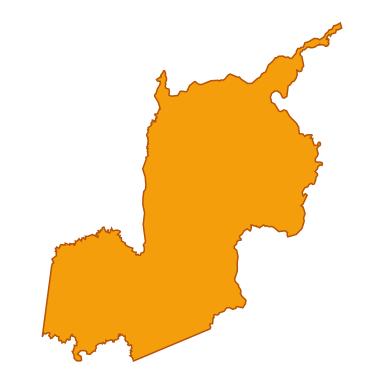 the district of Barbacoas, Nariño, Colombia
{"feature_id": "7082276B69446102501587", "entity_name": "Barbacoas", "entity_type": "district", "adm_level": 2, "iso_a3": "COL", "parent_name": "Colombia", "parent_adm1": "Nariño", "projection": "robinson", "projection_center": [-78.08, 1.496], "detail": "fine", "context": "isolated", "style": "filled", "palette": "amber", "viewbox_px": 384, "rotation_deg": 0, "n_neighbors": 0, "source": "geoboundaries", "source_scale": "gbopen_adm2", "svg_char_len": 5884}
<svg xmlns="http://www.w3.org/2000/svg" viewBox="0 0 384 384"><path d="M311.0,134.7L306.4,135.0L304.7,136.4L302.8,134.0L299.3,133.7L298.6,127.1L296.3,123.1L289.6,116.4L286.6,110.9L283.9,109.9L281.0,111.6L279.0,111.1L274.6,103.9L271.3,102.3L271.4,100.5L270.3,97.5L271.7,93.4L275.0,91.0L277.5,91.1L280.5,93.3L282.7,97.8L284.5,98.0L286.9,96.3L288.1,86.0L290.4,84.6L292.1,81.8L294.3,81.0L296.1,78.2L297.2,74.9L296.8,70.2L299.4,71.7L301.6,70.9L302.3,67.8L303.7,66.1L301.9,56.8L300.0,54.5L300.3,52.3L302.1,51.3L302.9,49.8L304.7,49.7L307.3,47.3L308.9,46.8L310.0,47.7L312.5,47.7L315.0,47.0L317.3,45.2L319.0,45.2L319.8,44.1L320.8,44.9L323.2,44.7L325.4,46.2L326.5,46.3L326.8,45.4L327.7,45.8L329.0,43.3L328.2,42.5L329.0,39.9L327.8,38.6L327.1,39.7L326.5,39.4L326.5,38.6L327.1,38.4L326.8,37.3L329.1,34.5L330.6,36.1L331.5,34.0L335.6,32.8L336.3,29.9L338.2,29.8L341.7,28.1L340.3,23.0L336.6,25.1L333.7,25.8L332.0,29.2L329.2,29.9L327.9,31.9L325.6,33.8L324.3,36.6L319.8,39.8L317.3,38.6L314.1,38.5L308.3,41.9L305.0,42.7L303.4,46.9L300.9,47.5L299.9,48.5L297.9,48.5L296.4,51.0L296.3,52.8L291.7,58.4L289.9,58.3L288.2,57.0L285.4,57.4L283.1,56.1L278.7,56.3L276.5,57.9L275.3,57.7L272.8,61.2L268.4,65.1L265.6,72.0L262.0,73.7L260.2,77.0L257.0,78.9L252.1,83.3L247.8,83.5L241.0,79.1L239.5,77.1L237.3,77.1L230.4,74.1L228.4,74.8L224.7,79.3L223.0,80.2L221.1,79.9L219.4,81.0L218.2,80.3L211.1,80.7L201.4,84.6L198.5,84.3L195.2,81.6L194.5,81.6L189.5,85.7L187.4,90.6L186.2,91.8L181.2,91.1L180.1,91.5L177.8,95.5L171.2,96.2L168.8,94.9L169.4,92.1L169.0,89.2L166.0,88.2L165.2,86.3L165.8,84.2L165.4,82.6L166.5,80.2L166.5,78.0L165.5,75.5L165.5,72.7L164.5,70.8L163.5,70.8L162.9,72.6L160.8,75.3L161.0,77.2L160.1,77.1L156.5,79.6L157.6,81.1L160.1,81.4L160.3,82.9L159.8,84.9L157.3,89.0L156.3,93.0L154.8,94.7L154.6,96.1L158.2,102.0L160.2,108.8L159.5,108.7L157.4,113.9L155.0,114.1L154.7,114.8L157.0,117.0L156.6,118.2L155.6,118.2L155.7,121.5L154.2,122.0L154.1,120.6L152.3,120.1L152.1,122.2L151.1,122.8L151.7,124.1L151.2,124.1L151.0,125.7L148.1,127.6L148.3,129.1L147.6,129.6L148.4,131.3L146.6,135.0L147.3,137.1L148.2,137.8L147.7,138.6L148.3,141.0L147.7,142.9L148.4,143.9L147.6,144.6L147.5,146.5L146.8,146.9L147.9,148.4L147.0,148.7L147.8,150.0L147.3,151.6L148.0,152.2L147.6,153.5L148.3,155.4L145.8,157.7L146.3,159.0L142.7,168.9L145.2,176.8L145.9,185.4L145.5,189.2L143.7,191.7L142.9,199.4L142.9,204.9L144.6,213.0L143.2,224.5L145.5,241.8L143.3,245.0L144.3,247.7L144.2,251.3L142.8,252.7L141.0,253.1L140.2,255.3L138.7,255.2L138.0,254.3L136.3,255.1L135.8,254.5L136.1,252.2L134.9,252.3L132.1,250.9L132.8,248.2L127.8,246.5L125.2,244.5L125.3,243.0L121.6,241.1L121.3,237.7L119.9,237.7L119.6,237.0L120.2,235.4L118.3,235.2L117.4,234.5L120.0,232.3L120.3,231.6L119.8,231.0L117.4,230.1L112.6,230.7L111.6,228.2L109.6,233.1L107.9,232.0L108.5,230.0L107.4,230.2L107.2,232.2L105.6,231.5L103.9,227.1L102.5,227.5L101.7,230.0L100.8,230.0L100.4,231.6L99.7,231.8L98.8,230.6L98.1,230.7L99.0,232.8L97.0,232.8L96.0,234.6L98.1,235.5L97.9,237.4L92.6,234.5L87.8,236.4L85.3,236.3L85.8,238.4L85.4,239.4L84.0,238.7L83.7,237.7L82.1,238.0L81.2,241.0L79.1,238.7L77.2,241.2L75.3,241.1L75.8,242.3L74.7,245.2L74.0,245.1L74.1,243.5L72.5,244.0L70.0,243.6L70.3,244.6L69.8,245.1L65.2,243.2L65.1,245.0L60.7,244.7L59.0,248.3L56.7,247.0L55.4,248.9L56.4,249.6L55.4,251.4L56.7,251.7L56.1,253.7L56.5,255.6L52.0,259.2L53.8,262.7L52.5,263.4L51.7,265.6L42.3,336.9L44.0,333.1L45.5,334.0L48.4,332.5L49.9,333.3L48.8,335.7L50.2,337.0L50.6,338.5L51.8,338.1L55.2,334.8L56.9,336.3L58.9,336.9L58.6,339.4L59.2,340.8L61.3,340.4L62.0,342.9L63.8,342.1L65.1,342.9L66.8,339.4L67.7,339.2L68.6,340.2L70.1,339.6L70.3,337.1L71.4,334.7L72.2,334.6L72.3,336.1L74.4,336.6L75.3,337.5L75.8,340.3L77.4,342.0L76.4,343.3L76.8,345.6L74.2,345.3L74.5,347.1L73.5,349.4L73.5,350.9L72.2,351.4L74.1,355.2L74.2,358.3L76.5,360.7L80.3,361.0L81.5,360.1L81.1,356.5L77.4,354.0L80.7,350.7L84.9,350.6L86.9,352.1L86.9,354.0L90.1,354.3L93.5,351.2L95.4,351.0L95.3,349.5L96.2,348.3L96.0,345.8L98.4,343.9L101.2,343.1L102.5,343.9L103.4,342.5L104.8,343.7L105.9,342.3L106.1,340.3L107.1,341.1L111.7,339.8L112.6,340.6L112.7,341.8L114.2,341.8L114.2,340.1L116.9,339.6L118.5,338.6L118.2,336.7L119.0,334.2L120.2,334.2L120.0,335.8L121.9,334.4L123.7,336.2L125.2,336.1L125.0,339.6L126.0,341.3L127.6,341.8L128.3,343.4L127.6,344.5L127.9,344.9L129.7,345.7L130.6,344.8L131.6,345.3L131.7,348.2L131.1,348.8L131.5,350.1L130.4,350.6L131.6,351.5L130.4,352.4L131.2,355.4L130.1,355.7L132.4,357.5L133.5,361.0L210.2,328.8L210.7,327.3L209.7,325.0L210.2,323.8L212.5,323.7L213.2,317.9L214.1,317.7L213.7,315.9L214.2,314.6L217.1,315.0L218.7,314.3L219.2,312.9L224.0,311.3L226.7,307.7L229.6,307.7L232.7,309.3L235.8,308.4L236.6,306.5L242.8,307.8L245.5,303.5L245.9,300.1L241.7,295.9L240.3,293.1L241.0,292.2L240.6,289.8L238.6,286.6L238.5,285.0L235.2,281.5L234.6,279.3L237.4,270.6L237.2,263.0L238.0,257.1L236.7,250.3L234.2,248.1L234.3,246.4L236.6,243.9L236.9,241.8L238.7,240.4L241.0,240.1L241.1,238.9L239.6,237.7L239.7,235.9L242.0,234.3L243.9,231.1L247.1,228.8L249.8,230.9L250.5,230.8L251.3,227.7L251.1,224.9L255.1,226.1L256.1,225.8L256.5,226.6L257.4,226.5L259.5,227.8L263.7,224.9L265.2,226.3L267.2,225.9L269.2,226.8L270.8,226.5L273.6,227.2L278.8,231.6L285.1,230.8L287.5,232.6L287.1,234.9L287.8,236.9L296.3,234.4L302.0,228.4L304.2,221.1L303.6,218.0L305.1,213.7L303.1,207.1L301.0,205.7L302.9,204.3L307.2,195.1L305.2,193.7L303.3,196.0L302.3,193.1L302.5,191.7L304.7,187.8L308.0,186.7L308.6,185.1L310.5,183.5L311.1,183.2L312.7,184.5L314.3,183.9L315.7,180.0L315.9,177.4L317.5,175.4L317.4,173.7L315.1,171.6L317.4,168.9L317.7,167.0L320.0,164.8L321.9,165.4L322.4,163.8L322.1,162.8L320.7,162.2L316.1,162.0L315.4,161.4L315.4,158.5L317.3,156.2L318.2,153.5L316.8,149.0L318.1,146.8L320.2,145.3L320.5,143.9L320.1,142.6L319.0,142.1L318.0,143.3L317.4,145.5L314.2,145.1L312.4,140.2L312.8,138.5L310.3,138.0L312.1,135.2L311.0,134.7Z" fill="#f59e0b" stroke="#b45309" stroke-width="1.5"/></svg>